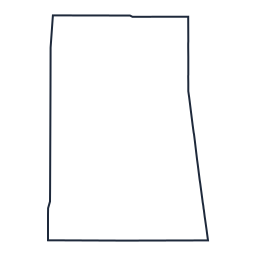 Delaware, Oklahoma, United States of America
{"feature_id": "52423323B24227440856530", "entity_name": "Delaware", "entity_type": "district", "adm_level": 2, "iso_a3": "USA", "parent_name": "United States of America", "parent_adm1": "Oklahoma", "projection": "orthographic", "projection_center": [-94.691, 36.416], "detail": "fine", "context": "isolated", "style": "outline", "palette": "slate", "viewbox_px": 256, "rotation_deg": 0, "n_neighbors": 0, "source": "geoboundaries", "source_scale": "gbopen_adm2", "svg_char_len": 663}
<svg xmlns="http://www.w3.org/2000/svg" viewBox="0 0 256 256"><path d="M48.0,240.3L124.4,240.6L208.0,240.4L207.0,233.1L206.7,230.7L205.0,218.7L204.8,217.5L203.9,210.3L203.7,209.1L203.6,208.7L203.3,205.9L202.6,201.7L202.6,201.4L200.2,183.3L199.6,179.4L197.8,165.0L197.0,159.1L194.8,140.6L194.0,134.2L193.7,132.8L192.7,125.5L190.5,108.0L189.7,101.5L189.2,97.6L188.3,91.2L188.3,84.3L188.3,83.1L188.2,75.8L188.3,75.0L188.3,74.6L188.3,60.6L188.3,56.6L188.2,47.1L188.2,43.7L188.3,41.2L188.2,16.7L132.5,16.8L129.9,15.5L109.2,15.5L52.9,15.4L50.6,47.6L50.5,86.4L50.1,188.8L50.0,201.5L48.1,208.2L48.0,214.7L48.0,240.3Z" fill="none" stroke="#1e293b" stroke-width="2"/></svg>